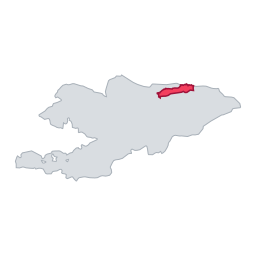 Issyk Kul, Ysyk-Köl, Kyrgyzstan (highlighted)
{"feature_id": "92254566B19952550744366", "entity_name": "Issyk Kul", "entity_type": "district", "adm_level": 2, "iso_a3": "KGZ", "parent_name": "Kyrgyzstan", "parent_adm1": "Ysyk-Köl", "projection": "albers", "projection_center": [77.461, 42.683], "detail": "fine", "context": "in_parent", "style": "filled", "palette": "rose", "viewbox_px": 256, "rotation_deg": 0, "n_neighbors": 0, "source": "geoboundaries", "source_scale": "gbopen_adm2", "svg_char_len": 5234}
<svg xmlns="http://www.w3.org/2000/svg" viewBox="0 0 256 256"><path d="M51.9,151.6L52.6,151.2L54.8,151.0L59.1,150.9L60.5,151.3L63.4,153.3L65.6,153.2L66.0,153.5L66.8,155.0L70.1,153.0L72.4,152.5L73.7,150.4L76.3,148.0L78.4,147.7L78.4,148.1L78.7,148.5L80.8,149.2L81.5,148.6L81.9,147.6L81.3,146.1L81.3,145.4L82.0,144.6L85.3,146.2L86.0,146.2L87.6,145.5L89.1,144.1L89.7,143.1L96.8,139.8L97.3,139.2L97.2,138.7L94.4,137.7L93.1,138.1L91.9,138.0L91.2,137.5L87.7,137.0L86.9,136.6L84.8,133.9L82.0,132.1L80.6,132.1L78.9,132.6L78.4,132.3L78.4,129.8L78.2,128.3L77.2,127.9L75.9,128.4L72.4,127.4L72.2,124.2L71.1,121.4L69.3,120.2L69.4,118.5L68.8,117.8L68.2,118.0L67.4,118.7L67.7,120.6L67.3,122.4L66.8,123.3L65.9,123.9L65.0,123.8L63.5,122.8L62.9,128.3L62.5,128.6L60.7,127.7L59.1,127.9L56.9,127.4L55.2,126.4L52.0,125.1L50.5,124.0L49.8,120.2L49.0,118.8L48.2,118.5L44.6,119.4L41.1,116.9L39.4,116.3L39.0,115.5L39.1,114.7L44.9,111.1L47.3,108.4L48.8,107.3L52.3,106.3L53.3,103.8L53.6,103.5L57.2,102.5L61.3,100.6L61.4,99.9L61.0,99.4L57.7,97.0L55.8,97.8L54.9,96.5L55.0,95.3L56.3,93.3L57.4,92.3L57.9,90.3L59.4,89.0L61.1,87.0L62.9,85.3L66.3,84.2L68.1,84.8L69.8,84.6L72.5,83.7L74.1,83.7L80.8,85.8L83.0,86.0L88.2,88.5L92.2,89.8L94.1,92.0L100.7,93.2L102.5,93.9L103.1,94.9L104.9,96.3L106.5,96.7L105.4,91.7L106.1,88.7L108.5,80.8L109.7,79.7L115.1,77.6L116.4,76.0L120.3,76.2L121.1,75.9L121.6,75.0L133.2,82.4L137.7,84.5L143.9,86.5L149.2,87.2L150.1,86.8L152.3,84.1L153.3,84.0L166.4,84.7L175.9,83.3L177.2,83.4L180.7,85.0L191.8,85.5L196.2,86.4L203.1,86.0L206.1,86.2L211.4,88.1L213.2,88.5L216.6,88.7L218.0,88.4L218.7,88.8L219.5,91.3L222.8,94.4L224.1,96.1L225.3,96.7L231.5,97.1L233.9,97.7L239.8,103.5L240.6,107.0L240.1,107.7L234.0,108.4L232.6,108.9L231.2,111.6L223.0,114.9L221.8,114.9L210.9,121.1L203.3,126.3L203.0,128.7L198.6,134.2L195.2,134.9L192.3,134.8L187.6,136.5L181.6,135.9L179.5,136.0L175.5,135.3L173.9,135.6L172.2,136.8L169.9,141.1L168.9,142.2L168.4,143.2L168.1,145.3L167.1,147.6L165.1,151.0L163.4,152.6L161.8,153.5L160.6,151.4L158.5,152.8L156.5,152.5L155.3,152.9L152.6,154.7L148.6,154.6L148.2,153.9L147.5,148.9L146.9,146.5L146.3,145.9L145.6,145.9L139.8,149.7L137.1,150.3L134.9,150.4L132.1,149.1L131.5,149.4L131.0,150.0L130.8,150.8L131.5,153.1L131.3,153.5L130.0,153.4L128.2,153.9L122.5,158.3L119.0,159.4L115.8,159.8L113.8,160.5L112.6,162.2L110.3,166.9L110.4,167.9L111.2,169.2L111.7,172.2L111.5,172.9L109.7,175.2L107.4,175.8L105.7,176.1L102.4,175.7L100.6,176.1L97.4,177.7L94.7,177.9L89.8,177.7L85.0,176.8L83.4,176.9L79.1,177.7L77.5,179.3L76.7,180.8L76.2,181.0L74.6,179.5L72.6,176.9L71.5,176.9L67.5,178.6L67.0,178.5L65.9,177.7L66.3,174.6L65.1,173.9L62.5,173.5L61.6,172.8L62.1,170.8L61.8,170.0L61.2,169.4L59.8,169.4L57.0,170.9L53.7,171.3L52.6,171.7L51.2,173.8L46.9,173.9L45.6,173.3L43.3,169.1L41.1,168.3L38.9,168.2L35.8,169.0L35.1,168.1L34.3,167.8L33.6,168.4L29.8,168.2L26.0,167.8L23.9,167.1L22.5,167.0L19.6,167.9L16.2,167.7L16.2,163.9L15.4,161.3L16.8,157.2L17.5,155.9L19.9,157.7L20.8,157.5L21.2,156.7L20.9,154.8L22.4,152.9L31.6,150.9L41.1,155.9L42.2,158.6L43.1,158.6L44.6,157.5L45.2,155.3L47.2,154.1L51.6,153.0L51.9,151.6ZM56.3,161.3L56.5,160.9L55.9,158.9L57.1,157.1L55.1,156.7L54.1,156.1L53.1,154.1L52.7,154.0L52.1,154.5L51.7,155.7L51.8,157.0L53.2,158.3L52.3,160.9L55.3,161.4L56.3,161.3ZM45.8,162.3L45.8,161.7L45.1,161.4L41.4,160.4L41.5,160.9L42.8,162.9L43.9,163.1L45.8,162.3ZM68.2,160.6L68.5,159.4L66.2,159.9L65.9,160.5L66.6,161.3L67.6,161.7L68.2,160.6Z" fill="#d9dde1" stroke="#a8b0b8" stroke-width="1"/><path d="M157.2,93.1L157.3,93.7L158.6,94.4L158.7,96.9L160.2,97.9L160.2,96.5L163.0,96.2L165.8,96.1L168.2,95.4L170.5,93.8L178.3,92.7L181.6,92.2L183.3,91.4L185.1,92.5L186.9,92.4L190.2,90.1L193.5,90.5L193.1,87.9L193.6,85.9L193.4,85.8L193.3,85.7L193.2,85.6L192.9,85.7L192.7,85.7L192.6,85.8L192.4,85.7L192.2,85.7L192.1,85.4L191.9,85.2L191.7,85.1L191.4,84.9L191.3,85.0L191.2,85.0L190.9,85.1L190.7,85.1L190.4,85.2L190.2,85.1L189.9,85.2L189.7,85.2L189.5,84.9L189.4,84.9L189.2,84.9L189.2,85.0L188.9,85.0L188.9,84.9L188.7,84.9L188.4,84.9L188.2,84.9L188.1,85.0L188.1,84.9L188.1,85.0L188.0,84.9L187.9,84.9L187.7,84.9L187.4,84.7L187.2,84.7L187.2,84.4L187.3,84.4L187.2,84.4L186.9,84.2L186.9,84.3L186.7,84.3L186.4,84.4L186.4,84.5L186.2,84.5L185.9,84.6L185.7,84.7L185.5,84.4L185.4,84.3L185.2,84.4L185.2,84.5L184.9,84.5L184.7,84.6L184.4,84.6L184.2,84.7L184.0,84.8L183.9,84.9L183.7,85.0L183.4,85.1L183.2,85.2L183.2,85.3L182.9,85.3L182.8,85.2L182.7,85.2L182.4,85.0L182.2,85.0L182.2,84.9L181.9,84.9L181.9,85.0L181.7,85.1L181.4,85.0L181.2,85.0L180.8,84.9L180.5,84.9L180.3,85.1L180.5,85.6L180.5,85.8L180.5,86.0L178.8,87.7L178.5,87.8L178.0,88.0L177.6,88.1L176.6,88.1L174.8,88.0L172.5,88.4L172.2,89.0L168.1,88.6L167.9,88.7L167.6,88.8L167.3,88.7L167.0,88.6L166.5,88.7L166.3,88.6L166.1,88.5L165.8,88.4L165.6,88.4L165.4,88.5L165.4,88.9L165.4,89.0L164.9,89.1L164.7,89.1L164.3,89.4L164.2,89.4L163.8,89.3L163.6,89.3L163.3,89.6L163.2,89.8L162.8,90.0L162.6,90.2L162.4,90.3L162.2,90.4L162.0,90.5L161.8,90.7L161.7,90.8L161.5,91.0L161.3,91.2L161.2,91.3L161.0,91.5L160.7,91.7L160.5,91.8L160.3,91.9L160.1,92.0L160.0,92.4L160.0,92.7L159.8,92.9L159.6,93.0L159.4,93.0L158.6,92.7L158.4,92.7L158.2,92.8L157.8,92.9L157.5,92.9L157.4,93.0L157.2,93.1Z" fill="#f43f5e" stroke="#9f1239" stroke-width="1.5"/></svg>